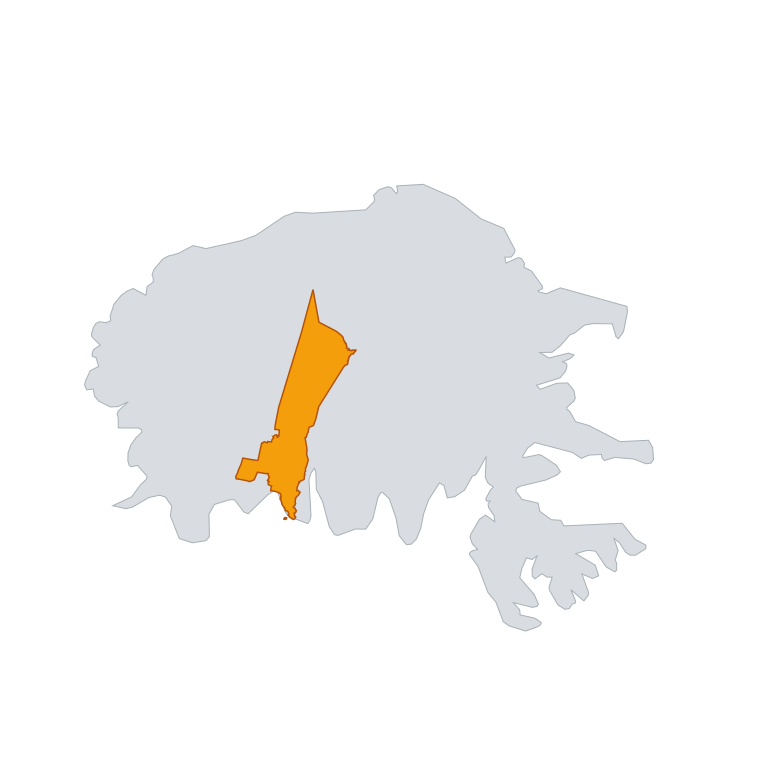 location of Þingeyjarsveit, Norðurland eystra, Iceland, rotated 195°
{"feature_id": "244011B2873245088627", "entity_name": "Þingeyjarsveit", "entity_type": "district", "adm_level": 2, "iso_a3": "ISL", "parent_name": "Iceland", "parent_adm1": "Norðurland eystra", "projection": "albers", "projection_center": [-17.794, 65.291], "detail": "fine", "context": "in_parent", "style": "filled", "palette": "amber", "viewbox_px": 768, "rotation_deg": 195, "n_neighbors": 0, "source": "geoboundaries", "source_scale": "gbopen_adm2", "svg_char_len": 9255}
<svg xmlns="http://www.w3.org/2000/svg" viewBox="0 0 768 768"><g transform="rotate(195 384 384)"><path d="M565.9,218.2L571.9,218.5L581.6,213.6L595.2,199.9L601.0,196.8L614.5,196.2L598.6,209.6L593.1,223.7L588.8,230.7L589.0,233.7L601.1,241.6L606.6,238.6L609.1,239.5L611.5,243.4L613.4,251.1L612.8,259.4L609.8,267.7L605.5,274.8L606.3,277.0L610.0,277.9L629.3,272.8L632.0,282.7L634.0,285.9L633.6,289.4L626.4,300.6L635.2,293.3L642.4,291.0L655.0,293.6L660.3,297.2L663.7,303.9L669.7,301.4L672.8,305.1L673.2,309.3L671.2,320.9L664.1,327.1L669.1,335.1L672.9,335.1L673.7,336.9L673.6,341.9L668.2,348.0L678.1,353.8L679.5,356.1L679.3,363.5L678.0,367.8L675.3,370.4L668.4,371.3L664.4,374.3L666.1,378.7L665.5,391.2L660.7,401.8L655.9,407.5L651.1,411.3L637.0,408.1L638.0,416.9L633.3,422.6L634.5,427.1L636.3,429.3L635.8,435.1L630.0,447.5L625.7,451.6L616.8,456.7L604.3,468.2L591.1,468.7L559.0,485.5L546.4,494.3L523.8,520.2L514.0,527.0L497.3,530.5L446.7,547.5L440.9,557.4L440.7,559.6L442.9,563.4L439.0,570.5L431.3,575.6L427.7,575.5L421.3,571.2L420.5,573.3L423.0,578.6L397.8,587.0L363.2,581.7L332.9,568.6L308.6,565.3L292.2,547.5L291.9,544.8L294.0,539.6L300.2,537.7L297.5,532.4L286.8,541.0L283.5,540.6L279.3,536.7L279.3,533.1L270.8,531.3L256.6,519.7L255.6,517.1L259.4,513.8L258.7,513.0L250.7,513.2L238.5,522.5L169.4,521.8L167.5,516.4L166.2,496.6L169.2,488.5L172.0,489.5L179.1,501.2L197.9,496.4L205.6,492.7L213.2,482.5L217.4,479.3L223.8,466.1L229.9,458.1L241.6,454.8L231.5,451.8L213.7,461.6L207.9,461.2L210.9,456.6L217.2,451.7L213.1,451.1L211.8,448.5L211.9,443.5L215.5,435.5L236.4,422.3L231.9,419.3L217.3,429.4L206.9,432.6L199.0,427.0L195.6,419.9L196.0,416.9L201.5,408.6L200.8,406.9L197.6,405.8L189.3,397.2L175.3,396.9L141.1,389.4L114.0,398.1L108.2,392.4L104.1,380.9L105.6,376.7L110.4,374.7L123.1,376.2L142.2,372.8L151.3,367.1L154.4,369.0L155.7,372.2L167.6,368.4L174.2,363.2L184.3,366.7L223.2,366.5L228.7,359.4L231.3,350.7L230.5,348.8L215.8,356.0L212.6,355.6L196.5,350.2L190.9,344.9L193.1,341.1L202.4,333.4L225.4,320.8L228.6,318.2L229.2,314.9L220.9,308.3L204.3,308.8L200.6,301.4L187.3,296.2L178.0,298.1L173.5,293.5L117.9,311.1L101.5,299.1L89.3,296.1L88.5,292.7L96.8,283.7L101.9,282.4L106.8,283.8L115.5,291.6L121.9,294.4L114.7,283.5L115.2,273.8L112.9,271.1L111.1,264.4L112.3,262.3L121.9,264.7L136.5,277.3L144.4,276.0L154.9,269.8L133.0,263.7L127.0,254.3L132.3,250.1L143.7,251.8L132.4,235.5L132.0,232.7L134.8,226.2L150.2,233.6L142.6,223.8L142.6,221.8L145.1,220.4L146.9,215.0L151.1,213.2L158.9,215.7L170.4,227.2L172.0,230.3L171.6,240.9L176.6,239.7L182.4,241.6L187.8,234.8L191.0,236.7L193.1,243.4L191.7,257.5L195.5,252.8L201.4,252.9L203.1,241.3L202.7,231.9L184.6,219.7L177.8,211.3L178.9,208.7L182.7,206.7L202.6,206.3L194.5,201.0L192.7,196.2L177.7,196.8L170.3,194.3L170.4,191.8L173.7,188.6L183.3,182.0L200.4,182.7L207.2,185.2L219.3,202.1L229.5,209.4L246.0,232.2L257.1,241.2L257.5,243.4L255.4,245.8L250.8,248.4L257.4,252.6L261.3,258.4L261.4,260.9L256.7,278.2L252.0,283.6L241.4,279.6L243.6,285.4L251.0,291.7L252.5,295.2L251.2,298.3L254.9,297.5L256.0,299.5L253.7,309.3L251.6,312.8L257.9,315.1L262.1,320.3L266.5,340.6L270.2,325.4L272.0,319.8L274.8,317.9L278.7,302.4L286.5,293.5L293.3,290.3L299.9,301.5L304.8,302.8L310.9,283.8L312.1,269.7L311.2,254.0L312.5,242.9L316.2,236.4L320.8,234.6L330.1,241.5L337.5,257.3L349.1,274.5L357.4,279.0L358.9,278.5L360.5,273.0L359.9,250.8L364.1,239.1L374.1,236.5L389.2,225.9L392.7,225.6L399.9,232.0L412.9,254.5L422.2,264.9L427.1,281.4L429.3,284.6L431.4,279.4L431.7,272.1L420.4,237.8L420.3,233.2L421.5,229.4L442.0,231.4L446.5,235.2L460.8,254.6L467.8,246.6L481.6,223.5L486.3,224.1L498.2,233.4L502.9,232.4L516.6,223.8L519.4,213.0L513.1,191.3L515.4,186.7L528.0,181.0L541.7,181.7L556.4,201.6L557.3,211.0L565.9,218.2Z" fill="#d9dde1" stroke="#a8b0b8" stroke-width="1"/><path d="M465.9,251.6L464.7,251.8L463.2,252.0L461.1,252.1L458.1,251.9L456.1,251.4L456.0,251.1L455.6,251.0L455.5,250.8L455.1,250.4L454.7,250.0L454.6,249.1L454.4,249.0L454.3,248.7L454.5,248.5L454.4,248.1L454.5,247.9L454.3,247.9L454.2,247.7L454.4,247.5L454.2,247.4L454.1,247.2L454.2,246.8L454.2,246.7L454.3,246.6L454.1,246.3L454.3,245.8L454.2,245.8L454.1,245.6L453.8,245.7L453.5,245.4L453.1,244.6L452.6,244.0L452.6,243.6L452.4,243.4L452.2,242.8L451.9,242.7L451.6,242.4L451.6,242.1L451.6,241.6L451.2,241.4L450.9,240.9L450.4,240.4L449.4,239.8L448.1,238.6L447.2,237.9L446.8,237.1L446.9,236.8L446.9,236.7L446.6,236.6L446.5,236.3L445.6,236.0L445.2,236.1L444.1,236.2L443.5,235.6L443.2,235.3L443.2,234.9L442.8,234.6L442.6,234.3L442.4,233.7L442.3,233.4L442.4,233.1L442.6,232.9L442.8,232.7L442.5,232.3L441.6,232.1L441.2,231.4L440.9,231.1L440.5,230.8L439.6,230.8L439.3,230.5L438.6,230.3L438.4,230.1L437.9,230.2L437.6,230.1L437.5,229.9L436.6,229.9L436.2,229.8L435.8,230.3L435.5,230.7L435.2,230.9L435.1,231.3L435.1,231.7L434.8,232.3L434.9,232.6L435.1,232.9L435.6,233.1L436.1,233.1L436.2,233.3L436.2,233.6L436.3,233.9L436.6,234.3L436.6,234.6L436.9,235.1L437.2,235.3L437.2,235.6L437.4,235.9L437.4,236.0L436.4,236.4L436.2,236.9L436.2,237.1L436.4,237.3L436.3,237.7L435.9,237.9L436.0,238.2L435.9,239.1L436.4,239.6L437.1,239.8L437.6,240.7L437.8,241.1L438.1,241.2L438.8,241.0L439.8,241.6L439.6,242.5L439.2,243.0L439.0,243.5L438.5,243.9L438.5,244.0L438.5,244.6L438.7,245.3L438.5,245.9L439.0,246.4L439.3,246.8L439.3,247.0L439.3,247.4L439.4,247.8L439.5,248.9L439.5,249.0L439.8,249.6L439.9,250.0L439.8,250.5L439.5,251.0L439.8,251.5L439.6,252.0L439.3,252.4L439.2,252.7L438.4,253.8L437.8,254.9L437.4,256.1L437.1,257.8L437.8,257.9L438.2,258.0L438.5,258.2L438.7,258.7L439.0,258.8L439.3,258.8L440.0,258.9L440.6,258.5L441.2,261.9L440.9,263.2L440.9,263.6L440.9,263.9L440.8,265.5L440.6,265.9L440.2,266.5L440.1,266.9L440.7,267.2L440.9,267.5L437.8,270.0L436.8,271.0L436.5,271.3L436.9,273.8L437.0,274.0L437.0,274.3L437.0,274.8L437.1,275.1L437.2,275.3L437.0,275.5L437.2,275.9L437.3,275.9L437.3,276.1L437.2,276.2L437.1,276.4L437.3,276.5L437.4,276.9L437.4,277.1L437.6,277.6L437.6,278.0L437.6,278.3L437.6,278.7L437.4,279.0L437.5,279.1L437.3,279.5L437.4,279.8L437.4,280.0L438.1,282.7L437.7,283.5L437.6,284.6L437.5,288.8L437.6,291.2L440.6,296.1L441.0,299.0L441.7,301.6L446.4,311.8L445.3,312.3L445.2,315.5L445.3,315.8L445.2,316.2L445.1,316.9L444.8,317.6L445.2,322.3L445.2,322.6L441.4,325.7L440.8,332.8L441.2,345.2L439.7,350.1L427.2,390.7L427.0,390.8L426.8,391.0L426.6,391.8L426.3,391.9L426.2,392.2L425.8,392.5L425.2,392.6L424.5,393.5L424.4,393.9L424.3,394.1L424.4,394.3L424.3,394.5L424.3,394.9L424.4,395.1L424.7,395.4L424.8,395.6L424.6,395.9L424.6,396.1L424.8,396.5L424.5,396.7L424.5,396.9L425.0,397.4L424.9,397.7L424.7,397.8L424.7,398.6L424.6,398.8L424.9,399.3L424.7,399.6L424.7,399.9L424.5,400.3L424.6,400.5L424.6,401.2L424.8,401.4L424.3,401.7L424.3,402.1L424.1,402.3L424.1,402.6L423.8,402.9L423.7,403.0L423.7,403.4L423.4,404.4L422.6,404.8L422.1,405.3L421.9,405.3L421.6,405.0L421.3,405.1L421.3,405.6L421.2,406.4L420.7,407.0L420.5,407.5L420.3,407.8L420.1,408.0L420.1,408.5L419.8,408.8L419.8,409.3L419.8,409.5L420.1,409.5L420.9,409.2L421.1,408.9L421.4,409.0L421.6,408.8L421.8,409.0L422.4,409.0L422.7,408.8L422.9,408.8L423.0,408.7L423.1,408.4L423.3,408.3L423.6,408.0L424.1,408.1L424.4,407.7L424.7,407.6L425.2,408.0L425.9,407.9L426.2,407.6L426.5,407.7L426.8,407.6L426.8,407.8L426.8,408.1L427.5,407.8L427.5,408.1L427.5,408.3L427.7,408.6L428.2,408.8L428.0,409.0L428.6,408.9L429.2,409.0L429.4,409.3L429.7,409.5L429.6,410.0L429.5,410.3L429.5,410.5L429.8,410.7L429.9,410.8L430.0,411.1L430.1,411.3L430.1,411.5L430.3,411.7L430.3,412.0L430.5,412.3L430.8,412.5L430.9,413.2L431.1,413.3L431.5,413.2L431.8,413.2L432.0,413.5L431.9,413.8L432.2,414.1L432.5,414.2L433.0,414.9L433.6,415.4L434.2,415.5L434.9,417.3L435.9,418.7L436.5,419.2L438.4,420.2L443.5,422.5L462.8,426.8L477.0,456.8L477.1,412.5L479.7,334.3L478.5,316.8L477.7,311.9L473.4,312.6L473.1,311.2L472.7,310.3L472.7,309.6L472.2,307.9L472.3,307.8L472.4,307.6L472.2,306.7L472.5,306.5L472.3,306.0L472.4,305.8L472.6,305.4L472.8,305.3L472.9,305.5L473.0,305.4L473.0,305.6L473.5,305.5L473.5,305.8L473.9,306.1L474.0,306.3L473.9,306.4L474.1,306.7L474.1,306.8L474.2,307.0L474.6,307.2L475.9,306.6L477.5,304.6L477.4,304.4L477.5,304.4L477.4,304.3L477.4,304.1L477.1,304.0L477.0,303.7L476.7,303.4L477.8,301.0L477.7,299.0L478.2,298.9L478.5,298.7L481.4,298.4L481.6,297.6L481.6,297.0L482.4,297.0L484.1,297.3L485.1,296.7L485.3,296.7L485.5,296.6L485.7,296.1L485.7,295.7L485.8,295.4L486.9,295.2L486.0,277.7L487.2,277.2L490.3,277.0L492.0,276.7L501.2,275.9L501.3,271.3L501.3,270.3L501.3,269.8L502.3,263.6L502.4,261.3L502.5,260.1L503.2,256.4L502.4,254.2L498.9,254.6L491.5,255.1L488.6,254.9L484.6,257.9L483.4,266.0L475.3,266.8L474.1,267.1L472.7,267.6L472.5,267.1L472.6,266.7L472.3,266.1L472.1,265.9L471.8,265.7L471.4,264.9L471.2,264.8L471.2,264.5L471.2,264.4L470.8,264.1L470.8,263.8L470.7,263.7L470.8,263.3L471.0,263.0L471.0,262.7L470.9,262.4L471.1,262.0L471.1,261.9L471.3,261.6L471.2,261.5L471.2,261.3L471.5,261.1L471.6,260.6L470.6,260.0L470.6,260.4L469.8,260.2L470.1,259.5L470.4,259.3L470.4,259.2L470.3,258.4L470.0,257.9L469.7,256.8L466.9,256.4L466.1,256.2L466.3,255.6L465.9,251.6ZM445.7,227.6L444.5,227.6L443.7,228.1L443.2,228.7L443.3,228.9L443.4,229.0L443.5,229.2L443.5,229.5L444.6,229.3L444.8,229.5L445.1,229.5L445.5,228.8L445.5,228.6L445.8,228.0L445.7,227.6Z" fill="#f59e0b" stroke="#b45309" stroke-width="1.5"/></g></svg>